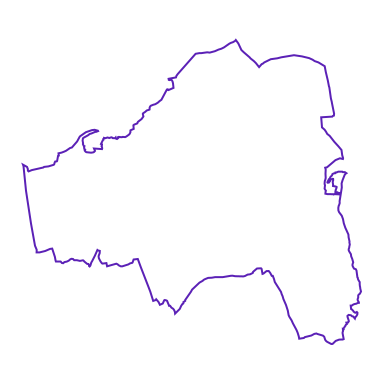 Valea Ursului, Neamt, Romania (orthographic projection)
{"feature_id": "2599482B92713698474517", "entity_name": "Valea Ursului", "entity_type": "district", "adm_level": 2, "iso_a3": "ROU", "parent_name": "Romania", "parent_adm1": "Neamt", "projection": "orthographic", "projection_center": [27.085, 46.792], "detail": "fine", "context": "isolated", "style": "outline", "palette": "violet", "viewbox_px": 384, "rotation_deg": 0, "n_neighbors": 0, "source": "geoboundaries", "source_scale": "gbopen_adm2", "svg_char_len": 5953}
<svg xmlns="http://www.w3.org/2000/svg" viewBox="0 0 384 384"><path d="M330.9,98.4L329.3,87.2L329.0,86.6L327.8,80.4L325.8,72.0L324.7,66.2L318.4,62.4L314.7,61.1L312.6,59.7L309.1,58.1L302.0,56.4L294.0,55.2L281.3,57.3L277.3,58.3L270.8,59.2L264.3,62.4L262.6,63.8L261.7,64.1L259.1,67.1L255.9,63.1L253.9,61.1L250.5,58.4L249.7,57.4L243.8,52.3L241.4,50.0L238.3,43.4L235.8,40.0L235.1,40.9L232.9,42.2L230.8,42.9L229.3,43.7L224.0,47.4L221.4,48.7L218.5,49.6L214.9,51.2L209.7,52.6L207.2,52.3L201.5,53.1L199.5,53.1L195.6,53.8L177.7,74.1L176.4,75.9L176.0,77.4L168.6,78.8L168.8,79.9L169.4,80.1L171.2,79.8L171.8,80.2L172.5,81.4L173.0,83.3L173.5,87.9L168.4,90.1L168.1,90.0L167.7,89.3L166.9,89.5L161.4,99.8L159.7,101.0L157.8,102.7L155.3,104.2L153.1,104.8L150.7,105.8L150.0,106.7L149.6,107.8L149.6,109.3L149.5,109.6L146.7,110.5L145.3,111.8L143.1,113.3L142.8,113.9L143.4,116.5L141.6,119.0L138.0,121.8L137.5,122.6L137.4,123.2L137.1,123.5L134.2,124.6L133.4,125.3L133.7,128.9L130.5,130.3L130.4,130.7L130.4,132.3L129.7,133.8L128.9,134.7L126.2,136.6L125.1,137.1L122.7,136.9L121.9,137.2L120.3,137.1L118.8,136.9L118.0,137.2L118.2,138.1L117.0,139.0L116.1,138.7L115.7,137.5L115.3,138.0L114.5,138.2L112.7,138.1L112.2,137.6L111.3,137.3L109.3,138.0L107.5,137.5L105.3,138.2L104.1,137.9L104.1,138.5L103.4,138.8L103.4,139.8L102.9,140.1L101.0,144.0L102.0,144.4L102.0,145.0L101.5,146.1L102.0,147.0L102.2,148.4L102.0,149.1L94.0,148.5L95.0,150.9L94.0,152.0L93.1,152.4L91.1,152.7L86.5,152.2L85.7,151.8L84.7,150.6L84.7,150.2L85.1,149.8L84.4,149.1L84.4,148.4L84.1,148.0L84.2,147.7L84.0,146.4L84.3,146.1L83.6,145.7L82.9,144.0L83.1,143.3L82.6,140.7L82.9,138.5L83.3,137.9L88.0,135.3L89.8,133.9L91.4,133.5L95.3,131.8L95.9,131.9L98.1,131.1L97.9,130.7L94.6,129.8L92.0,130.1L85.9,132.2L80.2,136.2L79.6,136.9L77.1,141.5L71.9,147.5L70.1,148.0L66.0,150.8L64.0,151.7L61.6,152.6L58.5,153.3L58.8,155.4L58.4,155.4L58.1,155.7L57.1,161.0L56.7,161.4L55.2,161.5L54.7,162.4L54.2,164.3L53.7,164.8L48.4,166.4L44.1,166.9L43.3,167.5L31.8,170.1L28.6,171.4L27.9,170.7L27.8,168.9L27.0,166.9L23.0,164.7L23.5,166.1L26.0,190.7L31.0,223.5L35.0,245.7L36.7,249.8L36.6,252.4L39.6,252.4L45.2,251.0L50.1,248.9L52.2,248.6L54.9,256.9L55.6,260.7L55.9,261.5L60.6,261.5L61.9,263.0L63.2,263.2L64.4,262.1L66.8,261.6L68.7,260.7L70.3,259.3L71.5,258.8L73.0,259.0L74.2,260.2L74.5,260.2L76.9,260.2L79.9,260.9L83.0,260.3L83.5,260.6L84.5,261.7L87.2,263.9L88.4,264.0L88.9,264.8L89.1,266.1L89.6,266.5L90.1,266.0L90.5,265.2L91.3,262.5L92.1,261.2L94.9,255.7L97.4,250.0L97.9,250.4L99.8,250.9L99.7,253.1L98.7,255.8L98.6,256.6L98.9,258.3L100.5,261.4L101.9,263.3L102.6,263.6L106.4,263.1L107.1,266.3L116.3,263.7L117.6,264.3L118.7,265.3L120.7,266.3L122.4,266.3L128.4,264.4L130.0,263.4L132.3,262.8L132.6,262.4L133.6,259.5L137.8,259.0L140.9,267.4L148.0,285.7L150.3,291.7L153.2,300.9L155.8,300.0L156.2,299.3L158.6,302.1L159.9,304.8L162.8,303.5L164.2,300.3L164.8,300.0L166.6,300.5L167.1,300.9L169.1,305.8L169.7,305.6L170.2,305.9L171.4,307.6L173.2,308.8L174.1,310.0L174.9,311.9L175.1,313.6L179.8,308.9L181.2,305.8L182.5,303.9L183.2,303.6L183.5,302.9L183.4,302.1L185.2,300.9L185.2,300.0L190.9,291.8L192.1,289.6L199.5,282.6L202.7,280.8L203.6,279.9L204.9,279.2L208.1,277.9L211.9,277.7L215.3,277.1L222.9,277.1L230.7,275.8L232.5,275.7L235.1,276.2L243.4,276.4L245.0,276.0L247.6,274.6L250.1,274.3L252.3,273.2L252.9,272.8L253.0,272.0L253.8,271.2L257.0,268.5L261.0,268.3L261.6,268.9L262.5,273.9L263.4,273.6L266.5,271.1L268.7,271.0L270.2,272.9L271.8,275.9L272.8,275.9L274.0,279.0L274.8,282.0L281.0,291.9L281.7,294.2L282.6,296.2L283.4,299.0L286.0,305.0L287.8,310.6L288.6,315.1L289.3,316.7L291.6,320.4L292.9,323.3L296.4,329.8L297.6,332.6L298.8,336.5L299.2,338.7L303.8,338.0L304.9,337.1L311.4,335.5L314.3,333.9L316.4,333.5L317.5,334.0L322.9,335.6L324.2,336.7L325.2,339.8L326.0,340.9L327.1,341.8L331.3,344.0L332.6,343.9L335.7,340.9L339.2,339.6L342.8,339.5L343.7,339.1L342.6,333.4L342.6,332.2L343.0,331.2L342.9,329.4L344.0,330.2L343.1,328.6L344.4,327.5L344.7,326.5L345.4,325.9L345.8,324.8L346.9,324.0L346.4,322.6L348.2,322.4L348.4,321.7L348.8,321.3L348.7,320.5L347.5,316.8L347.5,315.8L348.7,314.9L351.0,315.3L352.1,316.3L353.2,316.5L354.9,318.6L355.4,317.0L356.2,316.4L357.3,314.5L357.5,312.8L356.8,312.0L355.5,312.7L354.9,312.6L353.6,311.6L353.2,310.8L351.6,309.2L351.1,309.0L350.7,305.6L351.8,305.6L353.0,304.7L354.3,304.1L356.3,303.7L358.1,302.8L358.8,302.9L358.9,302.3L357.9,300.7L357.6,299.7L357.8,298.6L358.2,297.7L358.2,295.6L358.6,294.7L359.9,293.7L361.0,291.5L360.3,288.7L360.1,286.9L359.9,286.2L359.7,284.3L359.7,282.1L358.5,280.2L357.9,278.8L357.8,277.8L357.4,277.3L356.5,270.6L355.8,269.2L354.0,268.6L352.8,266.4L352.5,265.5L352.5,264.4L353.2,262.3L352.2,258.8L351.2,256.4L350.9,254.2L349.2,251.4L348.7,250.2L348.7,249.1L349.2,247.7L349.3,246.7L349.8,244.5L349.4,242.4L349.5,241.4L348.6,237.3L348.4,234.5L345.3,227.7L343.8,223.3L343.0,219.1L341.8,215.8L339.1,212.2L338.4,210.5L338.3,207.9L338.7,205.8L339.1,205.0L339.7,203.1L339.6,201.2L341.8,187.5L341.6,183.4L342.6,180.1L344.6,175.0L345.4,173.9L346.4,173.2L344.8,172.1L342.8,172.1L342.3,171.7L338.2,171.7L336.9,172.3L335.4,172.5L335.3,173.2L333.8,173.4L332.5,174.0L332.0,175.4L330.5,176.9L329.6,178.8L329.0,179.1L327.5,181.9L327.4,182.5L327.6,182.7L328.8,182.6L330.0,181.1L330.7,179.5L332.6,178.8L333.1,178.9L333.2,180.1L332.7,182.0L333.1,184.7L333.0,186.0L335.7,186.5L336.6,186.9L336.6,187.6L335.6,190.2L335.7,190.7L335.4,191.4L335.4,192.2L337.5,192.3L338.1,192.9L339.9,193.0L339.6,194.4L334.1,194.1L333.7,194.5L332.7,194.2L327.3,194.1L325.4,193.7L325.6,191.5L325.9,190.8L324.6,188.7L325.0,185.2L324.6,184.0L324.7,182.0L324.9,180.7L325.2,180.1L325.7,178.0L325.5,173.7L325.7,169.6L325.2,167.7L327.0,167.3L335.5,160.1L339.9,158.3L342.9,159.0L343.1,158.2L342.2,155.2L341.5,150.0L338.4,146.3L334.3,141.8L329.7,135.9L327.2,133.9L326.0,131.7L324.6,129.7L322.0,127.4L321.2,117.3L332.3,116.6L332.9,115.9L333.9,115.6L334.1,113.7L331.9,102.8L331.8,102.0L330.9,98.4Z" fill="none" stroke="#5b21b6" stroke-width="2"/></svg>